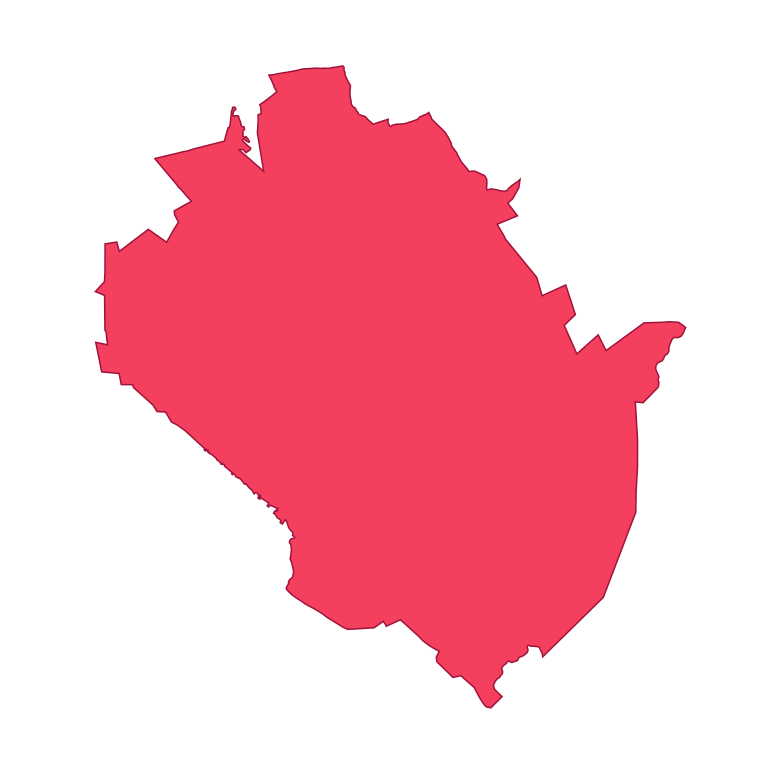 Huitiupán, Chiapas, Mexico, rotated 5°
{"feature_id": "50627088B98108453745157", "entity_name": "Huitiupán", "entity_type": "district", "adm_level": 2, "iso_a3": "MEX", "parent_name": "Mexico", "parent_adm1": "Chiapas", "projection": "natural_earth1", "projection_center": [-92.702, 17.241], "detail": "fine", "context": "isolated", "style": "filled", "palette": "rose", "viewbox_px": 768, "rotation_deg": 5, "n_neighbors": 0, "source": "geoboundaries", "source_scale": "gbopen_adm2", "svg_char_len": 6129}
<svg xmlns="http://www.w3.org/2000/svg" viewBox="0 0 768 768"><g transform="rotate(5 384 384)"><path d="M646.0,489.9L644.5,468.9L643.8,444.7L641.5,417.8L635.9,379.8L643.8,380.1L645.7,377.6L650.1,372.4L653.0,368.7L656.3,364.8L657.6,362.7L657.7,358.5L657.5,357.6L656.8,356.7L656.6,356.0L656.7,355.0L657.2,353.5L657.0,352.4L655.8,350.1L654.3,347.6L653.3,345.0L653.3,342.5L654.0,340.4L655.1,338.8L658.4,337.1L659.5,336.0L660.5,333.8L660.9,332.3L661.5,331.1L662.4,330.2L663.4,329.6L664.2,328.4L664.9,326.5L664.7,322.8L664.8,321.3L665.9,317.7L667.2,314.1L668.6,312.4L670.0,312.3L672.7,312.2L675.6,310.7L677.4,308.0L679.6,301.4L672.2,296.9L663.0,297.1L655.6,298.3L637.8,300.4L602.3,331.4L593.1,316.4L573.5,337.2L558.4,309.9L568.6,298.2L556.4,269.5L533.8,282.3L526.8,264.4L492.3,229.0L491.0,226.5L482.8,215.0L502.3,204.8L491.6,193.1L496.1,188.2L501.2,176.8L501.7,168.3L499.5,170.7L495.7,173.7L492.6,176.5L489.2,181.0L485.9,181.5L482.2,181.3L479.9,180.7L473.1,180.3L469.8,182.0L469.4,180.7L469.1,179.5L469.0,175.0L468.5,171.0L466.0,167.6L455.7,164.0L449.8,164.8L448.5,162.7L441.9,156.2L437.4,149.5L436.3,147.3L430.8,141.2L429.9,138.2L428.7,136.2L426.5,132.7L422.8,127.7L419.9,125.3L411.3,118.4L408.5,115.9L407.0,112.8L404.9,109.6L402.6,111.7L400.4,112.5L399.1,113.5L396.4,114.7L395.2,116.5L393.6,117.8L388.9,120.0L386.0,121.1L383.3,122.4L378.5,123.6L377.4,123.5L376.3,124.0L375.0,123.9L373.3,124.2L369.8,125.5L369.2,126.0L367.8,126.9L367.5,126.8L366.9,126.1L365.4,123.4L365.0,122.1L365.1,119.9L350.4,126.1L348.2,124.3L344.9,122.0L342.0,119.2L335.9,117.8L335.0,117.3L334.6,115.8L332.4,114.0L332.1,112.7L330.6,111.1L329.0,110.7L327.1,108.1L326.4,104.5L325.6,101.9L324.6,97.2L324.6,89.7L321.3,84.8L319.3,81.3L318.1,78.8L318.2,77.8L316.5,73.8L316.8,72.7L316.4,71.6L315.1,70.7L309.6,72.3L303.8,73.5L302.4,74.2L301.2,74.4L298.7,74.5L297.6,74.5L294.7,75.0L286.7,75.4L286.0,75.7L276.1,77.2L274.2,77.7L271.6,78.7L259.2,82.2L256.7,82.6L255.0,83.2L251.4,84.1L246.9,85.5L242.4,86.3L244.5,89.7L244.5,90.0L245.7,91.7L248.3,96.7L249.1,98.6L251.7,102.1L247.5,106.4L239.2,113.9L235.9,116.5L237.3,119.5L238.0,125.3L235.0,127.0L235.6,131.2L236.0,144.9L245.6,182.6L219.2,163.4L222.7,162.7L223.5,163.1L226.4,165.6L226.8,165.2L229.2,163.2L230.1,162.7L230.6,160.5L229.7,159.9L226.9,158.3L226.8,157.9L221.6,153.8L222.4,152.0L223.0,152.1L226.2,154.2L228.4,155.0L228.8,153.9L227.5,152.5L227.3,152.0L225.0,149.6L223.7,150.5L221.7,149.1L221.9,147.7L221.3,144.6L222.9,142.5L222.2,140.1L219.9,139.8L219.3,139.3L218.5,136.3L217.1,133.2L216.2,131.8L216.2,130.8L215.3,129.5L210.1,130.1L210.0,128.6L210.6,125.2L212.5,123.2L211.4,121.2L209.0,121.6L208.8,124.6L208.3,125.3L208.1,137.9L208.0,140.1L206.9,142.7L206.3,142.5L205.9,145.1L205.7,145.1L203.8,156.0L175.0,166.0L167.3,169.2L163.9,170.0L159.5,171.6L136.5,179.2L136.1,179.5L158.8,202.1L160.9,204.4L162.1,205.8L165.3,208.3L169.7,212.7L176.3,218.9L170.1,222.8L159.9,229.9L160.7,233.7L165.1,240.6L161.0,248.8L155.1,261.7L135.7,250.5L108.8,274.9L105.4,265.9L93.9,268.7L96.3,296.9L96.6,306.4L88.4,317.1L97.9,320.1L101.2,353.4L101.4,355.0L102.7,356.5L103.9,363.6L105.3,369.0L93.2,367.6L99.3,388.3L101.7,396.6L119.2,396.6L122.3,407.5L133.7,406.6L134.7,409.3L155.9,425.3L160.2,431.2L168.9,431.0L175.5,440.4L181.5,442.8L189.8,447.7L209.1,462.6L211.7,464.4L210.6,465.2L210.8,465.6L212.1,466.2L212.3,465.6L212.2,464.6L213.5,465.0L214.0,466.3L214.5,465.8L214.5,466.9L214.9,466.7L215.1,466.8L215.4,467.7L216.3,468.6L216.5,468.4L218.1,469.0L223.4,472.7L223.9,473.9L224.9,474.6L226.8,475.6L228.9,478.2L229.9,477.2L230.1,478.0L232.2,478.4L232.3,479.8L240.5,485.5L240.0,486.8L240.8,487.6L242.1,486.3L243.6,487.5L244.3,489.2L247.2,490.3L247.4,490.2L248.3,490.8L248.8,490.9L249.6,491.5L251.8,493.6L253.6,495.9L254.7,496.0L255.5,495.6L257.5,497.9L257.5,498.1L259.3,499.6L260.6,500.5L260.9,500.5L260.8,500.2L264.2,504.8L264.7,504.4L264.7,503.9L265.7,503.4L267.3,503.6L267.8,504.9L268.4,505.5L269.2,505.7L269.5,505.3L270.8,506.3L269.8,507.5L269.0,506.9L268.3,508.2L268.9,509.2L269.8,508.6L269.9,509.0L270.6,509.4L271.0,508.1L277.0,511.2L279.6,512.9L278.2,515.5L278.8,516.0L279.9,516.6L281.1,514.6L286.0,516.3L288.6,517.3L288.9,517.2L288.0,518.4L289.1,518.7L288.4,520.4L286.9,519.8L286.1,520.2L285.2,522.4L286.6,522.9L289.2,526.4L293.2,528.8L292.6,531.1L294.9,532.4L297.6,527.9L298.2,528.5L298.7,529.0L299.1,529.7L301.3,534.7L302.3,536.3L303.5,537.7L306.1,540.1L306.4,541.1L306.0,542.6L306.8,543.4L307.4,543.6L308.3,544.4L308.0,545.3L307.4,545.6L307.2,545.8L305.7,546.0L304.5,546.8L304.1,547.5L303.7,548.6L303.6,550.2L304.0,550.8L305.1,552.1L305.5,553.1L305.8,555.0L306.3,556.7L306.1,559.0L306.2,561.4L306.0,562.6L306.0,564.9L305.6,565.9L307.5,569.9L309.3,575.1L310.2,578.3L310.3,579.3L310.3,580.4L310.0,581.4L309.9,583.3L309.8,584.1L309.1,585.2L307.1,587.0L306.6,588.1L306.1,589.7L306.5,590.1L305.6,592.9L305.1,593.7L304.8,594.4L304.4,595.2L304.4,595.8L304.6,596.5L305.3,597.7L311.0,602.3L316.6,605.5L320.2,607.3L325.2,610.3L334.6,614.2L343.1,618.5L347.2,621.2L364.6,630.0L369.4,631.6L395.4,627.7L404.1,620.5L404.3,621.0L406.9,624.0L407.3,625.2L420.8,617.5L426.3,621.5L440.7,632.5L444.1,635.5L446.4,637.2L451.7,640.5L455.4,642.4L462.3,645.5L459.9,651.6L460.9,656.1L470.8,664.2L474.0,666.7L478.2,670.3L486.0,667.9L500.4,678.6L504.5,685.1L507.6,689.6L510.6,693.5L513.9,696.7L518.7,697.3L528.9,685.1L523.9,681.3L520.6,678.2L519.6,675.7L519.5,674.0L519.9,672.5L521.1,669.9L521.6,669.3L522.2,668.1L524.0,666.9L524.6,666.1L525.3,665.4L525.4,664.5L527.2,662.4L527.2,661.4L527.3,660.8L527.2,660.2L527.0,659.3L526.2,658.3L526.2,657.9L525.9,657.3L526.0,656.7L527.0,654.8L528.0,653.7L530.0,651.9L530.6,651.0L530.9,650.0L531.7,649.3L532.2,649.1L533.9,649.7L535.0,650.3L536.4,650.0L538.0,649.0L538.5,649.0L539.5,648.7L541.2,647.6L541.8,646.5L541.9,645.6L542.1,645.0L542.6,644.5L543.3,644.0L545.0,643.5L545.7,642.8L546.6,642.4L548.1,641.1L549.9,639.1L550.3,638.3L550.4,637.6L550.6,637.4L550.6,636.3L549.7,634.2L549.6,633.3L549.9,632.2L550.5,631.9L551.5,631.9L553.4,632.5L555.7,632.2L558.7,632.2L561.1,632.5L561.9,633.2L563.2,635.7L564.5,637.4L565.1,638.8L565.9,641.9L621.1,577.4L646.0,489.9Z" fill="#f43f5e" stroke="#9f1239" stroke-width="1.5"/></g></svg>